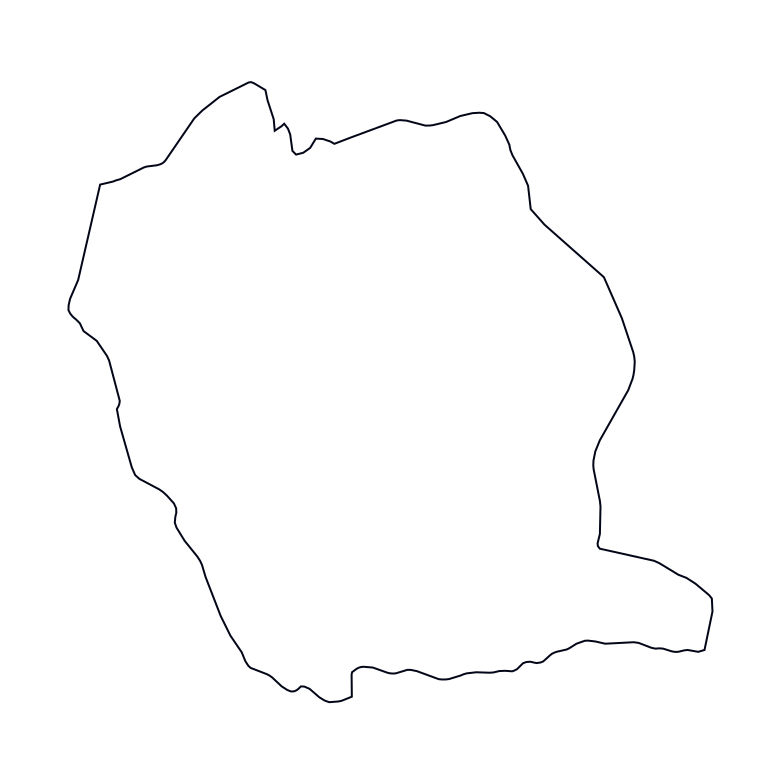 the Province of Phichit, rotated 355°
{"feature_id": "THA-401", "entity_name": "Phichit", "entity_type": "Province", "adm_level": 1, "iso_a3": "THA", "parent_name": "Thailand", "parent_adm1": "", "projection": "natural_earth1", "projection_center": [100.371, 16.251], "detail": "fine", "context": "isolated", "style": "outline", "palette": "ink", "viewbox_px": 768, "rotation_deg": 355, "n_neighbors": 0, "source": "natural_earth", "source_scale": "10m", "svg_char_len": 2584}
<svg xmlns="http://www.w3.org/2000/svg" viewBox="0 0 768 768"><g transform="rotate(355 384 384)"><path d="M277.9,71.7L280.6,73.0L291.5,80.9L292.7,91.1L297.2,110.6L297.2,122.2L304.5,118.2L307.3,116.0L310.6,121.3L312.3,127.2L313.1,143.8L316.4,147.8L323.7,146.6L331.0,142.4L337.5,133.6L344.5,134.6L351.8,137.8L355.5,140.4L373.0,135.4L419.6,122.6L422.9,122.5L429.4,123.6L447.8,130.2L452.1,130.5L455.3,130.4L468.7,128.4L483.3,123.7L495.6,121.9L502.8,122.1L507.1,122.8L513.1,126.5L519.5,132.8L526.4,147.1L529.8,156.8L529.8,157.7L530.3,162.0L531.9,167.3L540.7,186.8L544.8,199.1L545.4,222.6L557.8,239.3L612.4,296.8L626.7,339.2L635.1,374.2L635.7,379.0L635.7,383.9L634.5,391.9L633.3,396.8L632.0,400.6L626.8,411.4L594.1,458.9L588.7,469.4L586.0,478.5L585.4,483.4L585.4,487.2L588.9,519.4L589.0,524.9L586.0,552.2L582.9,561.3L582.9,564.1L584.7,566.9L637.5,583.6L642.4,586.3L660.5,599.6L668.4,603.5L677.0,610.2L689.5,622.7L691.9,626.3L691.4,639.3L680.1,676.9L673.7,678.2L663.2,675.4L660.1,675.5L653.9,676.4L650.8,676.3L647.4,675.4L638.8,671.9L635.0,671.3L631.4,671.3L627.4,670.1L615.1,664.1L610.2,663.0L581.7,662.0L572.1,658.9L564.8,657.4L561.7,657.3L553.1,659.5L545.5,663.4L542.9,664.4L532.7,665.8L530.1,666.5L527.6,667.5L525.8,668.7L518.5,674.2L515.6,675.1L511.5,675.3L505.4,673.4L501.4,673.4L498.1,674.3L491.8,679.6L489.2,680.7L486.7,681.4L479.9,680.3L474.0,680.0L467.8,680.9L463.8,680.8L450.7,679.2L440.8,679.5L437.6,680.2L434.9,681.1L423.1,683.6L419.6,683.7L415.9,683.4L412.8,682.8L391.7,672.9L385.7,671.1L382.4,670.8L370.4,673.3L367.5,673.2L364.6,672.7L362.2,671.9L348.2,665.5L339.0,663.9L336.7,663.9L334.5,664.3L332.0,665.3L327.1,668.3L326.4,670.7L324.7,692.7L314.5,695.8L311.2,696.3L301.7,696.2L297.3,694.2L292.3,690.5L283.3,681.2L278.3,678.5L274.9,678.0L272.7,679.8L270.4,681.4L267.8,682.3L264.6,682.2L261.0,680.4L255.7,676.3L247.1,666.7L244.7,664.6L242.3,663.0L226.4,655.2L224.3,652.9L221.7,648.0L218.9,638.9L209.1,621.4L201.1,600.9L189.4,560.6L186.9,548.3L185.4,544.2L183.1,539.8L171.7,522.8L164.8,509.0L163.5,503.9L164.6,498.0L165.9,494.1L166.1,489.7L164.3,484.6L158.1,476.4L154.4,472.3L150.9,469.4L132.2,457.3L128.2,453.1L125.5,445.1L117.4,403.2L115.7,385.7L117.5,383.1L118.6,380.8L119.3,377.8L112.2,336.7L110.5,331.9L101.6,316.0L89.3,305.1L86.3,297.0L82.6,292.6L80.7,290.8L78.9,288.6L77.3,286.0L76.1,282.9L76.7,278.0L78.7,271.8L88.4,253.7L118.6,160.6L131.8,158.7L134.7,157.8L139.0,157.0L163.5,147.4L166.5,146.7L176.9,146.3L180.0,145.7L182.5,144.8L184.3,143.6L185.9,142.1L218.2,102.8L227.0,95.6L245.3,83.6L275.5,71.8L277.9,71.7Z" fill="none" stroke="#020617" stroke-width="2"/></g></svg>